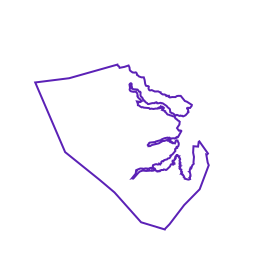 Narvik nor, Nordland, Norway, rotated 135°
{"feature_id": "86288312B24861070458091", "entity_name": "Narvik nor", "entity_type": "district", "adm_level": 2, "iso_a3": "NOR", "parent_name": "Norway", "parent_adm1": "Nordland", "projection": "albers", "projection_center": [17.424, 68.289], "detail": "fine", "context": "isolated", "style": "outline", "palette": "violet", "viewbox_px": 256, "rotation_deg": 135, "n_neighbors": 0, "source": "geoboundaries", "source_scale": "gbopen_adm2", "svg_char_len": 5590}
<svg xmlns="http://www.w3.org/2000/svg" viewBox="0 0 256 256"><g transform="rotate(135 128 128)"><path d="M173.7,30.2L172.8,30.5L166.6,30.6L142.8,33.8L120.6,34.0L97.2,44.6L96.1,47.2L91.4,53.9L91.1,53.3L89.5,53.4L87.0,68.1L87.8,68.2L91.6,65.3L94.6,68.8L99.4,64.5L101.8,60.9L106.1,57.3L106.8,56.2L108.8,56.2L111.8,54.8L111.9,55.1L111.7,55.4L111.8,55.7L112.2,55.5L112.1,55.2L112.1,54.9L113.5,55.0L115.5,53.2L115.6,53.3L115.6,52.9L117.0,50.6L117.7,49.9L118.0,50.1L119.1,49.2L120.0,49.5L120.2,49.4L119.8,49.4L119.9,49.0L120.3,49.2L120.0,48.8L120.3,48.0L121.4,48.5L121.9,48.9L123.7,52.0L123.3,52.3L123.3,53.7L122.9,53.7L122.6,54.7L122.4,54.9L122.3,55.7L122.6,55.8L122.7,57.7L121.9,58.3L121.5,58.1L121.4,58.5L121.8,58.6L121.3,58.8L121.5,59.0L121.3,59.5L120.9,59.4L120.5,60.1L120.1,61.2L119.8,61.2L120.1,62.0L120.1,62.3L119.4,62.9L120.2,62.8L120.0,63.7L120.0,63.3L119.6,63.3L119.1,63.8L119.2,64.0L119.0,64.3L118.1,64.1L118.3,64.4L117.6,64.9L117.1,64.7L117.0,64.8L117.2,65.0L116.3,65.9L117.4,65.5L116.5,66.7L115.5,66.4L114.8,68.4L113.4,68.9L113.3,69.4L113.0,69.4L112.7,70.0L112.8,70.9L112.3,71.3L112.4,71.8L112.1,71.9L112.4,72.1L112.3,72.6L112.5,72.9L112.1,73.9L112.7,74.5L113.9,73.9L114.2,74.3L114.8,74.2L115.6,72.9L116.3,72.7L116.4,73.3L118.3,72.4L118.7,72.3L119.1,72.9L119.7,72.6L119.9,73.1L120.2,72.9L120.7,72.1L120.8,71.4L120.0,70.4L120.4,69.8L121.1,70.2L121.8,70.0L122.2,70.4L122.1,71.2L123.5,71.9L125.6,71.1L130.3,71.2L130.9,71.5L131.0,71.9L132.0,73.4L132.8,73.4L134.2,74.8L136.0,74.9L137.4,76.0L137.1,76.1L137.5,76.3L137.4,76.4L138.3,77.6L138.5,78.4L137.8,80.1L137.8,80.5L138.0,80.9L138.2,81.0L139.2,79.6L140.0,79.8L140.1,80.1L141.4,80.8L141.8,81.6L145.5,84.8L147.4,87.2L148.4,87.9L150.5,88.9L152.3,89.0L160.0,88.5L160.3,88.7L160.4,89.5L160.2,89.6L160.4,89.7L154.7,90.3L153.7,91.2L152.4,91.4L152.7,91.9L152.1,92.4L151.2,92.1L148.0,90.7L146.5,89.1L146.3,88.5L143.8,86.7L143.2,85.3L142.8,85.4L141.7,84.1L141.2,84.3L139.9,83.6L139.6,83.1L139.8,82.5L139.0,81.8L138.3,82.0L137.5,83.5L136.6,84.0L134.3,83.0L133.4,82.2L132.7,81.0L131.7,80.5L131.3,79.9L131.0,80.5L130.4,79.6L129.2,79.7L128.5,80.4L127.7,80.5L126.8,80.1L126.5,79.5L125.1,79.7L122.5,78.2L121.5,78.3L119.9,77.3L117.7,77.8L117.5,78.5L115.4,77.9L110.7,78.3L110.3,79.2L109.4,79.8L108.6,79.5L108.1,79.8L107.5,79.3L107.3,79.7L107.5,79.4L107.9,79.7L106.9,80.3L106.1,79.6L105.0,79.7L103.6,80.6L102.8,81.5L102.2,83.5L101.8,84.1L102.4,85.0L103.5,85.1L105.2,84.2L105.2,84.4L105.6,84.8L105.2,84.2L105.7,84.1L106.7,85.2L106.5,85.3L106.6,85.8L106.7,85.5L107.1,85.6L107.8,87.5L107.8,88.3L107.4,89.4L105.9,89.9L106.0,90.8L106.9,91.5L107.8,91.5L108.2,90.9L108.2,91.5L108.5,91.5L108.7,91.0L108.9,91.0L109.0,91.1L108.9,91.7L109.3,92.2L111.4,93.1L112.6,94.2L117.1,95.4L123.0,99.0L125.2,99.6L126.4,100.7L125.6,101.5L126.0,102.0L125.9,102.1L124.3,102.1L124.0,102.4L123.0,102.3L119.2,99.3L118.9,98.7L117.9,98.8L113.3,96.2L113.3,95.8L112.4,96.2L109.5,95.0L106.9,93.3L106.6,92.9L106.7,92.5L105.5,91.8L105.5,91.1L105.0,90.2L103.1,88.6L102.4,87.6L99.6,87.0L99.5,86.8L99.8,86.5L99.4,86.8L99.0,86.5L99.7,86.4L99.2,86.2L92.5,88.1L92.3,88.4L93.0,89.6L93.8,89.9L93.8,90.9L93.4,93.3L89.2,94.1L87.0,95.9L87.1,96.2L87.0,97.1L87.5,98.4L87.3,99.1L87.7,101.2L87.4,101.8L87.5,102.2L87.0,103.2L88.2,105.0L88.5,106.2L89.2,107.0L89.6,108.2L90.4,109.4L90.5,109.9L90.4,110.9L90.2,111.9L90.4,113.0L89.8,113.6L91.1,116.6L89.8,116.6L90.1,117.1L89.9,117.2L90.3,117.3L90.1,117.5L88.5,117.2L88.6,117.9L88.5,118.4L88.7,118.8L89.6,119.7L90.0,119.7L90.0,119.3L90.2,119.2L90.9,119.2L91.1,119.3L90.4,120.0L91.1,119.9L91.3,120.1L91.0,120.3L92.4,120.9L92.7,120.9L92.8,120.5L93.2,120.6L94.6,122.1L96.5,123.4L97.9,125.3L98.9,125.9L99.1,126.2L99.0,127.0L99.2,127.4L102.4,131.2L102.9,132.4L103.7,132.9L104.1,134.2L104.4,136.3L104.9,137.1L103.9,138.2L102.9,140.5L102.0,139.3L102.4,138.5L101.6,138.5L100.9,137.6L99.3,137.3L99.4,138.8L99.1,139.1L99.0,139.4L99.3,140.4L99.3,142.6L98.8,144.0L98.4,144.3L98.2,144.1L97.1,145.8L96.9,146.4L96.9,147.8L96.7,148.1L98.7,149.9L99.9,151.8L100.1,152.7L99.8,153.9L98.1,155.1L96.2,157.7L95.3,157.9L94.3,157.6L94.2,157.1L94.3,156.5L95.7,155.3L96.3,154.1L97.3,153.8L97.4,153.4L97.0,153.2L97.0,152.0L96.4,151.1L94.9,149.5L94.6,148.7L94.1,148.4L94.2,147.2L94.5,146.0L94.2,145.3L93.8,145.0L93.9,144.3L95.9,142.5L96.6,141.3L96.5,140.7L96.5,139.2L97.2,137.3L97.2,136.7L97.1,135.9L97.3,135.6L97.1,135.4L97.3,134.3L97.2,133.8L97.3,133.6L96.9,132.1L97.0,130.9L96.6,130.4L93.2,128.4L91.5,126.7L91.0,126.8L89.7,126.1L89.6,125.5L89.9,125.2L89.9,124.8L88.8,123.8L87.4,123.0L86.0,120.9L85.1,116.2L85.3,114.6L85.0,112.1L85.4,111.2L86.9,109.4L86.9,108.9L86.7,108.7L86.5,107.7L85.8,106.2L85.8,105.6L85.7,105.4L85.6,103.1L84.4,102.9L84.0,102.5L83.1,100.2L82.0,99.6L81.9,99.0L81.1,98.4L80.9,97.4L80.6,97.1L78.3,96.3L74.1,96.5L74.2,96.9L74.2,97.1L73.2,97.6L72.1,99.3L72.5,100.0L72.4,100.1L72.1,99.7L71.3,99.9L70.0,98.3L67.4,98.6L66.5,99.2L67.8,105.0L68.7,106.9L68.0,113.4L69.8,115.3L71.1,116.1L72.6,116.3L74.8,118.6L76.8,120.0L76.9,120.3L76.4,121.6L77.2,121.7L77.0,122.7L78.3,123.5L77.9,124.6L78.2,124.9L78.3,125.7L79.8,127.3L80.2,129.7L79.7,130.2L80.2,130.9L80.8,132.6L83.2,134.8L84.4,138.0L85.9,139.0L86.1,139.7L86.1,140.3L85.6,141.4L84.0,142.6L84.1,143.3L85.3,144.9L85.4,145.3L85.2,145.8L84.6,147.1L82.3,150.2L81.0,152.7L82.7,154.4L83.8,156.7L83.8,158.5L84.1,158.9L84.1,159.3L83.3,160.2L83.0,161.3L83.3,162.0L84.2,162.5L85.5,164.1L85.8,166.0L85.9,166.7L85.7,167.8L84.1,169.8L83.4,171.8L87.4,173.8L91.4,176.5L90.8,177.9L91.1,179.4L90.6,180.3L134.4,204.8L161.4,225.8L189.5,155.4L184.8,112.0L183.1,92.0L185.4,52.1L173.7,30.2Z" fill="none" stroke="#5b21b6" stroke-width="2"/></g></svg>